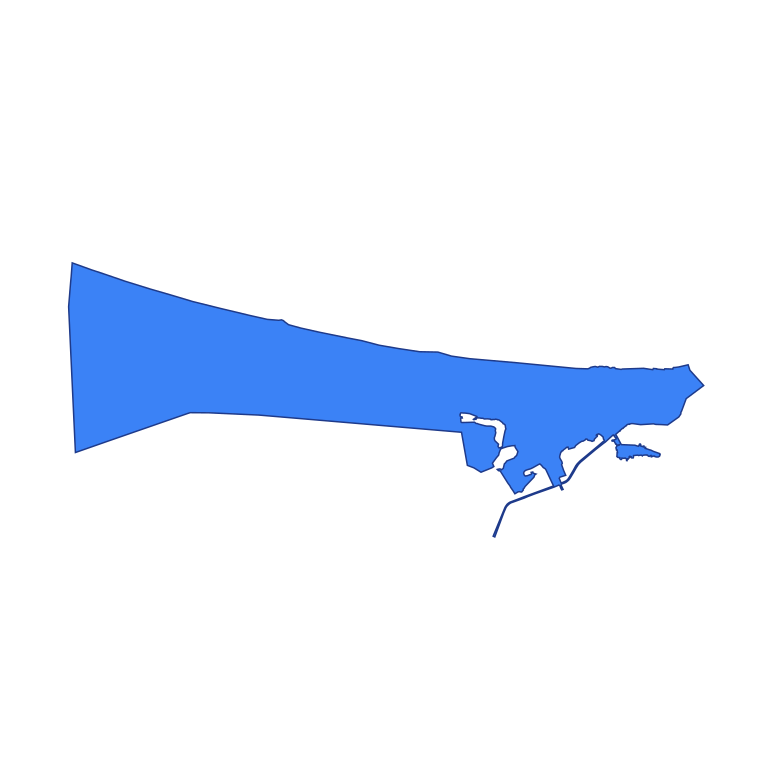 the district of Khur Maksar, `Adan, Yemen, rotated 261°
{"feature_id": "15242507B71955992885975", "entity_name": "Khur Maksar", "entity_type": "district", "adm_level": 2, "iso_a3": "YEM", "parent_name": "Yemen", "parent_adm1": "`Adan", "projection": "robinson", "projection_center": [45.028, 12.865], "detail": "fine", "context": "isolated", "style": "filled", "palette": "blue", "viewbox_px": 768, "rotation_deg": 261, "n_neighbors": 0, "source": "geoboundaries", "source_scale": "gbopen_adm2", "svg_char_len": 6144}
<svg xmlns="http://www.w3.org/2000/svg" viewBox="0 0 768 768"><g transform="rotate(261 384 384)"><path d="M355.4,687.4L354.7,677.7L354.8,674.1L355.0,672.6L354.3,671.7L353.6,671.6L355.1,663.7L354.3,663.1L356.0,655.9L356.4,655.8L357.2,652.5L356.1,651.7L358.9,642.8L361.5,621.8L361.3,620.5L363.0,615.0L364.2,614.4L364.6,612.1L364.2,611.2L364.2,609.8L366.0,607.7L366.5,606.1L366.4,604.4L367.2,602.4L367.7,599.6L367.2,597.8L368.3,595.4L368.3,593.0L368.1,590.6L367.5,589.6L367.1,587.7L369.3,576.1L384.3,518.1L395.6,472.6L401.0,455.0L407.1,442.2L410.3,424.2L416.7,404.0L423.1,385.2L430.3,368.8L435.3,354.9L445.4,327.9L452.3,310.5L457.5,299.0L460.9,295.7L462.3,294.6L463.4,292.8L463.4,290.0L466.1,278.8L472.9,261.7L484.1,234.6L495.4,207.9L504.5,189.0L514.5,167.7L526.0,144.4L536.3,125.0L542.7,112.6L552.4,95.0L538.9,91.8L534.3,90.6L509.7,84.6L364.6,68.5L370.8,102.7L385.6,185.5L386.0,188.1L382.9,206.8L372.9,255.5L324.2,453.0L290.6,453.6L287.1,459.7L281.7,466.0L284.3,477.3L285.3,479.6L288.8,478.7L293.5,483.4L295.8,486.1L298.1,487.0L301.5,489.0L302.1,491.0L302.9,496.0L303.0,501.0L302.7,503.0L302.8,503.6L300.9,503.7L296.3,505.7L292.6,503.8L291.7,502.2L290.4,500.9L288.8,493.3L287.1,491.6L286.3,490.4L282.0,488.6L280.9,486.7L281.5,486.2L282.0,485.1L282.0,483.4L281.9,482.5L280.5,483.5L279.9,485.2L266.6,490.9L263.8,492.4L261.9,493.0L258.5,494.7L255.1,496.1L256.5,499.6L256.5,500.9L255.9,502.4L255.8,503.1L257.5,505.0L258.4,505.0L259.2,506.1L260.7,507.3L268.5,517.5L270.7,518.7L271.3,520.0L272.5,517.6L273.1,517.3L273.8,517.2L273.7,515.5L272.6,515.8L271.6,515.0L271.6,513.8L271.3,512.7L271.0,511.2L271.0,509.1L272.1,508.3L272.9,508.1L274.2,508.0L275.3,508.6L276.0,509.3L276.6,510.6L277.0,512.8L277.3,515.4L278.1,518.1L280.3,524.0L280.7,525.4L279.0,526.8L276.6,528.2L275.0,530.0L273.7,530.6L256.8,535.5L250.8,505.1L249.2,497.8L247.6,489.9L246.9,488.3L246.0,486.8L244.5,485.3L243.2,484.2L216.6,468.0L215.6,469.5L237.9,482.0L242.8,485.1L244.0,486.2L244.9,487.4L245.9,488.9L246.7,490.6L249.4,504.7L250.4,508.6L251.9,515.8L255.5,535.6L256.8,540.9L256.1,541.8L253.1,542.4L251.6,543.0L251.9,544.4L256.4,543.1L257.4,543.6L257.9,546.4L258.3,548.0L258.8,549.1L260.1,551.3L262.2,553.4L267.0,557.4L271.0,560.6L274.1,563.4L276.1,566.0L278.6,570.2L279.4,571.5L286.1,582.7L291.3,592.0L291.9,593.3L297.7,602.1L297.7,603.0L297.2,603.5L296.9,603.0L294.8,604.2L294.8,604.6L293.7,604.8L293.1,604.3L292.8,602.3L292.6,602.2L292.9,600.8L292.7,600.4L292.3,600.2L292.0,600.3L291.7,601.2L292.1,601.7L292.2,602.1L289.2,603.2L288.4,603.4L288.3,604.0L287.7,604.3L287.3,604.3L287.0,604.6L287.3,607.0L286.9,606.9L286.5,604.4L284.8,603.1L282.4,603.3L282.4,603.9L279.7,603.9L279.7,603.5L276.4,602.8L276.1,602.9L275.9,602.7L275.1,603.3L274.8,603.8L274.6,604.7L274.4,605.4L273.5,605.2L273.1,605.4L272.5,605.8L272.3,606.3L272.3,606.6L272.7,607.1L273.6,607.4L273.0,609.5L273.2,610.5L272.3,611.6L272.0,611.7L270.4,611.6L270.3,612.1L271.9,612.3L272.1,612.6L272.0,613.0L271.4,612.8L271.4,613.2L272.1,613.3L272.7,614.8L273.2,615.2L273.8,614.8L274.0,614.9L274.1,615.3L274.2,615.6L274.1,615.8L273.7,615.9L273.4,616.8L272.7,616.6L272.3,616.9L272.0,618.3L272.0,618.6L272.6,618.9L274.3,619.3L274.1,623.0L274.0,623.6L273.5,624.3L273.6,625.7L273.5,627.0L272.6,627.9L273.0,628.2L273.1,629.2L273.0,631.3L272.8,631.6L272.7,632.1L272.9,632.5L272.4,633.2L271.9,633.4L271.2,634.1L271.0,634.7L271.7,636.3L271.7,636.5L270.3,636.5L270.2,636.9L270.8,637.5L270.7,637.8L270.5,637.7L270.4,638.1L270.6,638.5L270.6,639.5L270.3,640.1L270.0,640.1L269.4,641.3L269.1,642.7L269.0,643.3L269.5,644.8L271.0,645.7L271.4,645.6L271.4,645.3L272.1,645.5L275.3,639.6L277.1,637.0L277.2,636.5L278.9,633.3L279.5,631.9L280.5,632.5L281.1,630.9L282.0,631.1L282.1,630.9L281.4,630.6L281.8,629.4L282.3,629.1L282.3,628.9L282.2,628.6L282.5,628.3L282.7,627.7L283.2,627.6L283.5,627.9L284.2,628.1L284.7,627.7L284.7,627.1L284.5,626.8L284.1,626.6L283.8,626.6L283.5,626.8L283.3,626.8L283.5,626.3L282.7,625.4L284.3,622.3L287.0,608.9L295.4,606.0L297.6,605.1L298.1,605.1L300.6,609.1L300.5,609.6L300.8,609.9L301.1,609.8L302.9,612.7L302.8,613.2L303.3,613.7L305.0,616.6L304.9,616.9L305.5,617.3L305.9,618.0L306.0,619.2L306.1,619.8L305.8,620.1L305.8,620.4L306.1,620.7L306.2,621.9L306.0,623.5L303.7,631.1L302.7,641.8L302.5,644.0L301.6,646.0L300.6,651.2L299.2,657.7L305.3,670.0L308.0,672.5L309.5,672.8L310.7,673.7L322.3,680.2L332.5,699.5L349.7,688.3L355.4,687.4ZM263.4,542.3L264.5,543.2L264.8,545.5L265.4,549.2L270.5,547.9L276.6,546.8L277.8,547.7L279.6,547.5L282.7,546.3L284.2,546.0L285.6,546.4L289.0,548.0L289.3,548.8L290.2,549.5L290.1,550.1L291.0,551.1L291.7,552.6L292.9,554.6L292.9,555.9L290.8,556.2L291.5,562.3L293.2,563.7L295.3,567.5L296.5,570.4L296.4,571.6L297.2,573.8L298.0,574.6L297.9,575.8L296.6,576.6L295.6,579.4L294.8,580.5L295.2,582.6L296.6,583.2L297.7,584.7L298.4,585.4L298.7,586.2L299.0,586.5L299.5,586.7L300.1,586.0L300.2,586.6L300.5,586.6L300.8,586.4L301.0,586.8L300.8,587.2L301.2,588.2L300.6,589.2L299.4,590.5L297.2,592.2L296.6,592.1L296.3,592.2L295.4,592.1L294.3,592.7L293.5,592.8L292.6,591.0L289.2,585.5L277.3,565.5L274.9,562.3L273.2,560.6L269.3,557.6L262.5,552.0L260.9,550.4L260.0,549.0L259.5,547.5L258.4,543.5L263.4,542.3ZM327.0,477.0L329.6,471.1L330.3,470.1L330.7,468.6L332.1,467.5L333.2,458.9L333.8,454.7L334.1,454.3L334.6,454.1L337.9,454.3L338.4,455.0L338.2,456.0L339.3,455.9L339.7,454.5L340.6,454.2L341.6,454.2L341.8,454.5L342.3,454.5L343.4,455.3L343.4,456.0L342.8,458.3L342.7,459.2L341.3,464.0L337.4,470.7L336.8,470.7L336.5,469.5L335.1,466.8L334.6,467.3L335.5,468.9L335.3,469.0L334.8,468.8L334.7,469.3L336.0,470.6L335.9,471.2L335.5,473.1L335.0,474.6L334.6,476.5L333.8,477.5L333.4,480.8L332.6,483.7L332.1,483.9L331.9,484.3L332.0,484.8L331.8,485.5L332.0,486.1L331.6,487.1L331.8,488.7L331.2,490.4L330.7,490.9L330.8,491.4L330.4,492.1L327.2,495.1L326.2,495.4L325.6,496.4L324.4,497.3L321.5,497.2L320.6,497.4L320.0,496.9L318.7,496.2L313.2,494.1L307.0,491.9L304.4,491.4L303.5,490.9L303.0,489.2L302.9,487.6L304.6,486.8L306.6,487.7L310.6,484.7L311.6,484.4L313.6,484.5L314.9,485.3L318.4,486.8L320.5,486.6L322.0,487.2L322.7,487.2L324.4,485.8L325.7,483.0L326.3,479.1L327.0,477.0Z" fill="#3b82f6" stroke="#1e3a8a" stroke-width="1.5"/></g></svg>